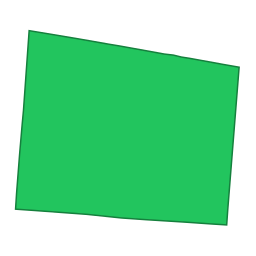 Itawamba, Mississippi, United States of America, rotated 274°
{"feature_id": "52423323B2646485621413", "entity_name": "Itawamba", "entity_type": "district", "adm_level": 2, "iso_a3": "USA", "parent_name": "United States of America", "parent_adm1": "Mississippi", "projection": "orthographic", "projection_center": [-88.339, 34.276], "detail": "fine", "context": "isolated", "style": "filled", "palette": "green", "viewbox_px": 256, "rotation_deg": 274, "n_neighbors": 0, "source": "geoboundaries", "source_scale": "gbopen_adm2", "svg_char_len": 473}
<svg xmlns="http://www.w3.org/2000/svg" viewBox="0 0 256 256"><g transform="rotate(274 128 128)"><path d="M138.0,22.5L125.3,22.2L94.0,21.7L55.5,21.4L39.2,21.5L39.2,39.9L39.0,93.1L37.8,127.7L37.8,151.6L38.1,191.8L38.1,216.6L38.2,233.2L53.4,233.2L196.4,234.6L198.1,218.1L201.8,184.6L202.5,176.3L203.9,168.1L204.3,159.0L208.7,118.9L208.8,117.9L209.3,113.3L210.3,102.6L213.8,68.9L213.9,67.7L218.2,22.6L138.0,22.5Z" fill="#22c55e" stroke="#15803d" stroke-width="1.5"/></g></svg>